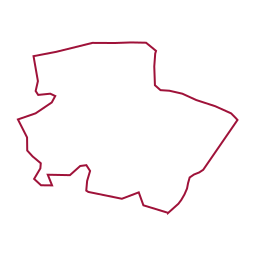 outline of South Gloucestershire, rotated 178°
{"feature_id": "GBR-2046", "entity_name": "South Gloucestershire", "entity_type": "Unitary Authority", "adm_level": 1, "iso_a3": "GBR", "parent_name": "United Kingdom", "parent_adm1": "", "projection": "robinson", "projection_center": [-2.446, 51.538], "detail": "fine", "context": "isolated", "style": "outline", "palette": "rose", "viewbox_px": 256, "rotation_deg": 178, "n_neighbors": 0, "source": "natural_earth", "source_scale": "10m", "svg_char_len": 820}
<svg xmlns="http://www.w3.org/2000/svg" viewBox="0 0 256 256"><g transform="rotate(178 128 128)"><path d="M18.3,132.2L54.3,83.6L58.4,81.1L63.7,79.2L68.1,76.4L69.9,70.8L71.1,65.5L73.9,59.6L77.3,54.2L80.3,50.5L90.9,41.7L90.9,41.8L92.6,42.4L115.3,50.2L119.5,63.3L136.6,57.5L169.9,65.5L171.9,66.9L170.7,76.5L167.4,86.4L170.9,92.3L177.1,91.7L187.7,82.9L209.8,84.1L205.9,73.3L216.9,73.8L223.6,80.4L217.0,90.7L216.4,95.8L224.3,102.9L229.5,109.0L229.2,122.1L237.7,140.4L219.8,145.9L203.3,156.2L199.6,162.5L204.5,165.0L216.6,164.2L219.0,168.2L216.4,178.0L219.9,203.1L197.2,206.6L160.6,214.3L138.2,213.4L121.9,213.4L107.0,212.6L97.3,204.1L98.2,201.5L99.6,188.6L99.6,176.7L99.6,169.8L94.2,164.7L85.3,163.8L72.5,160.4L58.9,153.6L40.0,146.7L24.4,139.0L19.8,134.0L18.3,132.2Z" fill="none" stroke="#9f1239" stroke-width="2"/></g></svg>